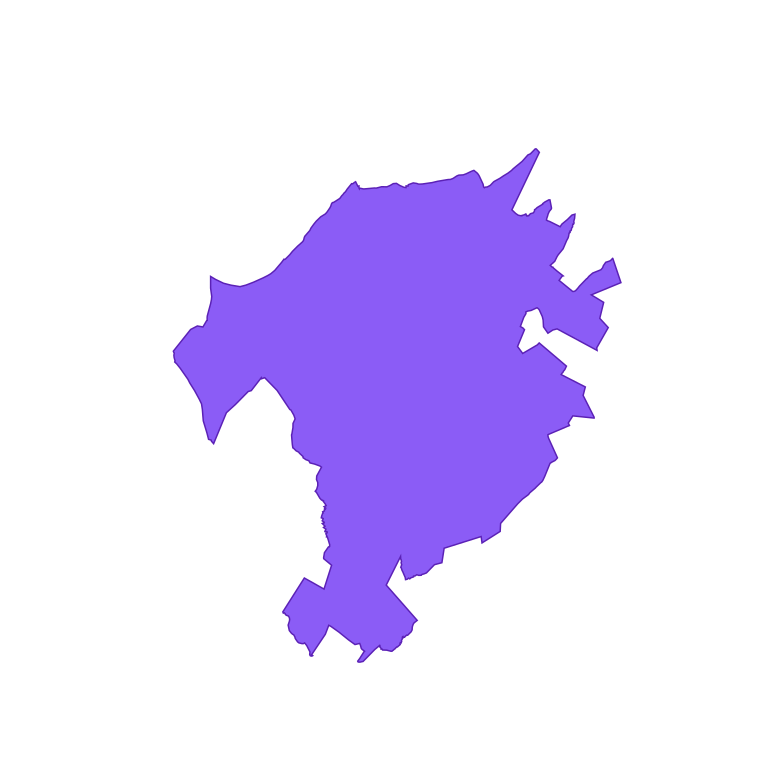 the district of Jiquipilco, México, Mexico, rotated 205°
{"feature_id": "50627088B46383700668676", "entity_name": "Jiquipilco", "entity_type": "district", "adm_level": 2, "iso_a3": "MEX", "parent_name": "Mexico", "parent_adm1": "México", "projection": "equal_earth", "projection_center": [-99.652, 19.592], "detail": "fine", "context": "isolated", "style": "filled", "palette": "violet", "viewbox_px": 768, "rotation_deg": 205, "n_neighbors": 0, "source": "geoboundaries", "source_scale": "gbopen_adm2", "svg_char_len": 6147}
<svg xmlns="http://www.w3.org/2000/svg" viewBox="0 0 768 768"><g transform="rotate(205 384 384)"><path d="M267.3,557.7L275.0,559.5L279.6,560.8L280.3,561.3L280.9,561.0L283.5,561.8L281.1,567.3L281.0,572.6L280.7,574.8L278.8,582.2L279.1,591.2L278.9,593.9L279.1,595.7L280.0,599.0L279.6,599.5L279.4,600.1L280.1,601.0L279.6,601.6L279.3,602.5L279.8,604.6L279.5,606.2L280.0,607.1L280.3,608.5L280.3,608.8L279.8,608.9L279.7,609.6L280.0,610.6L280.7,611.5L281.3,614.8L282.7,618.6L285.1,616.5L287.3,610.5L290.4,604.0L290.8,601.0L302.8,601.3L304.4,601.1L306.0,601.2L306.5,603.0L306.7,605.2L307.1,607.4L307.1,610.3L306.4,613.1L306.5,614.2L311.4,621.0L312.4,620.6L315.1,617.0L316.4,614.5L316.1,614.1L319.8,608.6L320.4,606.9L321.2,605.6L320.7,604.3L320.9,602.6L321.1,602.1L323.3,600.2L324.0,597.6L324.7,597.6L325.1,596.8L325.6,596.6L326.2,596.8L327.0,598.0L327.4,598.0L328.4,596.6L329.8,595.4L330.1,594.7L330.6,594.8L331.2,594.3L333.7,593.7L336.7,594.2L341.7,595.9L341.1,659.6L345.3,661.4L346.3,661.0L348.6,654.5L350.4,652.4L352.9,644.1L357.8,633.9L358.7,631.4L360.7,627.6L363.7,623.1L365.9,619.4L369.5,614.5L370.1,613.5L371.6,609.0L373.7,606.2L375.4,605.2L376.0,604.3L377.0,604.7L378.7,607.0L385.5,612.7L387.1,613.8L388.8,614.6L392.8,615.6L394.7,613.7L398.3,609.3L400.6,607.0L404.5,604.9L405.9,603.4L408.3,599.5L410.2,597.5L412.3,596.4L421.2,590.3L425.6,586.8L433.9,581.4L437.0,579.8L439.1,579.6L442.5,578.6L446.2,574.9L445.9,573.5L447.7,572.9L447.1,571.3L449.1,570.7L453.6,570.6L457.5,571.1L460.3,569.5L462.3,566.6L464.7,563.9L469.5,561.8L473.9,558.2L475.5,557.6L484.8,552.2L488.5,551.3L488.8,551.1L488.8,550.5L489.6,551.2L490.4,552.9L491.2,552.1L495.2,555.3L496.0,554.2L496.9,552.3L498.0,551.9L499.7,545.2L500.2,541.8L500.8,540.6L501.4,537.9L501.8,537.0L502.5,533.5L505.3,529.0L506.6,527.1L507.4,526.6L507.6,525.9L507.7,525.0L507.4,522.6L507.5,520.7L508.3,515.8L509.0,513.4L512.0,508.8L514.2,503.0L515.1,499.5L516.1,494.4L516.1,491.8L518.2,484.5L518.2,483.3L517.7,480.7L517.7,479.6L518.0,478.3L520.5,472.5L523.0,465.6L524.1,461.2L526.2,455.4L526.6,454.9L527.4,454.9L528.2,451.0L531.0,440.8L533.2,436.1L535.1,433.3L538.4,429.1L545.3,421.1L550.9,415.3L555.6,411.4L564.5,408.9L572.0,407.5L580.8,407.6L586.6,408.2L581.6,397.5L577.1,390.5L576.1,387.7L575.1,383.6L572.9,370.9L572.3,369.3L571.1,366.9L571.5,366.6L572.2,359.2L577.7,357.7L582.3,351.7L588.8,324.7L588.0,323.9L587.2,323.4L586.6,321.3L585.4,319.3L583.1,316.6L583.0,315.5L580.3,314.6L575.3,312.1L563.7,305.4L560.4,302.8L552.8,297.9L545.2,292.3L541.0,288.9L538.0,284.4L532.2,274.2L523.7,264.7L519.6,259.7L516.9,260.1L516.2,259.2L513.2,257.9L514.7,291.4L509.9,302.9L503.9,319.8L501.5,321.9L497.9,337.7L497.3,336.9L494.8,339.3L478.2,333.0L458.6,321.1L457.4,321.1L452.6,317.7L449.8,314.8L449.8,309.8L448.1,306.0L446.4,299.9L446.3,298.8L441.5,290.4L439.6,287.6L439.0,287.6L435.4,286.3L432.5,286.2L431.3,285.5L426.7,284.0L426.2,283.0L422.7,282.4L419.7,282.7L417.7,281.2L413.1,282.1L407.5,282.6L405.5,282.2L406.1,272.2L404.8,268.9L402.4,266.7L401.1,263.9L400.5,260.1L401.0,257.7L399.4,257.2L393.9,253.4L391.5,252.4L390.4,252.7L389.5,252.5L389.7,252.1L386.7,250.5L385.0,249.3L386.5,247.5L384.5,246.9L385.2,246.1L384.3,245.5L384.9,244.7L384.4,243.8L385.6,242.3L384.8,241.6L385.0,241.5L384.7,238.0L384.3,236.2L382.3,236.4L382.1,235.0L382.2,233.9L379.7,233.4L379.7,232.2L380.3,232.2L381.0,231.5L377.4,230.2L378.2,228.4L375.3,227.9L375.3,225.4L374.7,225.1L373.9,225.9L372.9,225.9L372.7,225.0L373.4,223.7L371.8,222.3L371.5,221.2L371.0,221.5L370.6,221.3L369.4,220.0L365.3,215.4L364.6,213.7L364.8,213.2L365.5,212.9L366.7,206.0L365.3,201.0L364.8,200.2L354.9,197.6L351.7,172.8L374.2,174.5L379.4,134.7L378.4,133.8L377.8,134.5L376.5,134.1L376.2,133.6L374.8,133.1L374.2,133.3L374.0,133.2L372.5,133.3L370.9,132.1L370.0,130.7L369.5,129.1L369.0,125.0L365.6,120.5L362.6,119.0L361.2,118.6L359.8,118.5L358.0,117.2L356.8,115.8L353.4,113.8L351.8,113.4L348.7,114.0L347.4,114.6L346.5,115.8L345.1,115.1L343.5,114.3L337.9,109.9L337.0,107.4L336.1,106.6L335.1,106.6L334.3,107.0L333.8,107.7L335.2,108.1L331.4,132.4L332.1,142.0L329.8,141.9L320.0,140.1L307.9,137.1L300.2,135.6L296.4,138.6L294.7,137.0L292.9,134.8L291.7,134.2L288.7,133.6L289.0,132.7L290.0,125.0L290.7,121.7L290.2,121.2L289.7,121.2L288.2,121.8L285.7,123.7L280.1,139.6L277.4,145.3L276.8,144.8L276.6,143.9L274.8,143.1L274.6,142.5L273.7,142.9L272.9,142.3L269.1,143.9L264.5,144.8L263.6,145.5L263.5,146.1L263.1,146.6L262.5,148.2L262.2,148.4L262.1,148.9L261.3,151.1L260.6,151.4L260.5,151.9L259.2,154.7L259.7,155.0L259.9,156.5L259.1,156.5L259.2,158.2L259.8,158.9L259.7,160.6L260.4,162.5L260.1,163.1L259.3,162.2L258.9,163.0L258.3,163.2L258.3,163.8L257.3,166.0L256.4,166.3L254.7,170.8L254.6,173.0L255.7,175.9L256.0,178.4L255.9,179.8L255.5,180.8L254.0,183.8L297.0,202.7L296.1,234.7L294.9,232.4L294.2,232.0L293.1,230.5L293.0,229.3L291.6,227.7L291.3,224.9L290.6,224.6L288.9,222.7L287.7,221.8L283.0,217.6L281.8,215.8L280.5,216.8L279.7,218.4L278.3,218.3L277.8,219.6L275.7,221.7L276.0,222.4L274.7,223.2L273.7,225.0L271.7,225.2L269.4,226.4L269.1,227.5L267.7,228.6L265.7,230.7L261.9,241.6L256.0,246.5L260.1,260.6L231.5,286.8L228.0,281.4L216.4,299.5L219.4,306.9L212.2,331.9L209.9,338.2L206.3,344.9L205.9,347.0L202.9,353.6L202.5,354.9L200.2,360.9L199.7,361.7L199.3,363.8L199.3,368.2L200.0,382.3L199.4,383.1L199.4,383.4L196.7,386.9L196.0,388.8L195.6,390.4L211.9,404.4L213.4,406.1L214.0,407.4L198.4,424.8L200.5,426.5L199.4,434.9L179.2,441.9L179.5,442.7L198.7,457.8L200.3,466.4L227.4,467.4L227.3,468.8L226.8,470.0L226.7,471.7L226.2,473.5L226.2,477.3L260.7,486.8L261.6,484.2L271.2,470.3L278.8,474.4L279.6,492.6L281.8,493.5L284.7,493.7L285.5,503.5L285.1,507.8L285.9,509.2L284.6,510.8L281.8,512.8L277.7,517.6L277.2,517.8L275.5,517.3L274.6,516.8L269.0,512.0L266.8,509.2L263.6,503.2L256.9,499.3L253.8,504.3L250.4,507.1L205.1,504.5L206.5,506.7L204.6,529.9L216.2,534.7L219.4,550.8L233.8,552.4L212.1,576.0L229.7,594.5L229.9,594.5L230.8,591.8L231.5,590.8L234.5,588.0L235.2,584.0L235.0,581.7L235.7,579.2L241.7,572.8L243.8,568.2L244.6,564.9L244.7,565.5L248.2,555.4L248.9,552.4L249.9,549.4L250.8,548.3L252.1,547.6L269.1,551.9L268.1,557.0L267.3,557.7Z" fill="#8b5cf6" stroke="#5b21b6" stroke-width="1.5"/></g></svg>